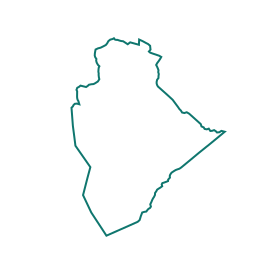 Cariré, Ceará, Brazil (Natural Earth projection), rotated 56°
{"feature_id": "56859067B46733430176329", "entity_name": "Cariré", "entity_type": "district", "adm_level": 2, "iso_a3": "BRA", "parent_name": "Brazil", "parent_adm1": "Ceará", "projection": "natural_earth1", "projection_center": [-40.549, -3.949], "detail": "fine", "context": "isolated", "style": "outline", "palette": "teal", "viewbox_px": 256, "rotation_deg": 56, "n_neighbors": 0, "source": "geoboundaries", "source_scale": "gbopen_adm2", "svg_char_len": 2004}
<svg xmlns="http://www.w3.org/2000/svg" viewBox="0 0 256 256"><g transform="rotate(56 128 128)"><path d="M211.2,172.4L210.8,169.8L209.6,168.3L208.2,166.6L207.1,165.0L206.0,163.5L206.6,161.5L207.5,159.5L206.9,157.9L206.5,156.3L206.6,154.5L206.0,153.0L203.7,152.2L202.5,150.1L201.1,148.0L200.3,146.5L199.7,145.0L198.6,143.1L197.0,141.9L196.3,140.0L195.4,138.3L195.4,136.7L195.5,134.3L195.4,132.2L193.6,131.6L192.9,130.3L193.4,128.7L194.0,126.3L194.4,124.5L193.2,123.5L192.6,121.0L191.1,120.2L190.2,119.0L189.4,116.9L189.4,114.2L189.5,112.0L189.9,110.3L190.5,108.1L190.5,106.1L189.9,99.7L188.3,83.7L187.4,73.2L187.3,71.5L185.6,53.8L185.2,49.9L182.6,52.2L182.6,54.6L181.5,56.7L179.8,57.0L177.9,57.8L177.4,59.8L176.5,61.4L173.7,61.4L173.2,63.4L171.6,65.0L169.8,64.9L167.8,66.2L165.5,65.5L150.3,69.3L147.8,70.5L147.1,72.9L145.4,74.5L143.1,74.4L141.0,74.8L138.7,74.8L129.6,75.2L124.1,76.5L112.2,79.5L110.3,80.0L108.4,79.8L107.0,79.3L105.8,78.5L104.3,76.9L103.6,74.8L101.9,73.6L100.5,72.3L98.6,71.7L97.1,70.4L95.0,69.9L93.3,69.6L91.5,69.4L90.5,67.5L89.6,64.9L88.7,62.7L87.7,60.7L85.6,61.7L82.8,63.8L80.5,65.6L77.9,67.5L76.3,67.9L75.6,65.5L73.5,64.4L72.2,63.7L69.6,64.4L67.3,65.7L65.9,66.4L64.2,67.3L60.9,69.3L65.1,72.4L58.2,78.3L58.4,81.4L53.4,83.5L52.0,85.1L50.7,86.2L49.1,87.4L48.3,88.6L47.1,89.5L45.7,89.5L45.6,91.0L44.8,93.3L45.0,95.7L46.2,98.0L46.8,100.0L46.5,102.8L46.1,105.8L45.2,108.3L44.8,111.0L46.3,112.5L47.8,113.9L49.4,115.1L51.1,115.6L53.1,115.6L54.3,116.7L56.3,117.4L58.8,117.6L60.8,117.2L61.6,118.5L62.7,119.5L64.8,121.1L66.4,121.8L67.6,122.7L69.7,123.8L71.5,124.5L72.6,127.0L72.5,130.4L72.3,132.0L71.2,134.0L70.3,136.2L70.6,137.9L70.6,139.8L66.3,143.7L66.5,145.5L66.3,147.6L67.6,149.4L69.1,149.6L73.7,152.8L75.0,153.5L76.4,154.0L78.0,154.1L81.1,155.1L79.2,156.7L78.2,158.6L78.5,160.3L79.3,161.7L79.6,163.5L95.4,172.5L105.2,177.4L113.3,181.5L120.0,181.4L139.4,181.1L146.6,189.4L158.5,202.8L177.5,205.7L199.7,206.0L205.2,206.1L211.2,172.4Z" fill="none" stroke="#0f766e" stroke-width="2"/></g></svg>